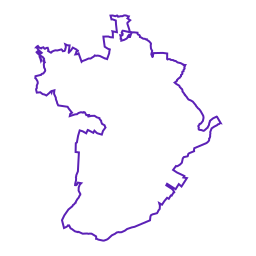 Pericei, Salaj, Romania
{"feature_id": "2599482B97319558947930", "entity_name": "Pericei", "entity_type": "district", "adm_level": 2, "iso_a3": "ROU", "parent_name": "Romania", "parent_adm1": "Salaj", "projection": "albers", "projection_center": [22.87, 47.24], "detail": "fine", "context": "isolated", "style": "outline", "palette": "violet", "viewbox_px": 256, "rotation_deg": 0, "n_neighbors": 0, "source": "geoboundaries", "source_scale": "gbopen_adm2", "svg_char_len": 5632}
<svg xmlns="http://www.w3.org/2000/svg" viewBox="0 0 256 256"><path d="M206.6,143.0L208.2,141.6L209.0,140.5L209.2,139.8L209.1,138.6L209.8,137.8L210.2,136.2L210.1,135.0L210.4,133.3L210.2,132.1L211.6,128.4L214.1,126.7L217.2,125.1L217.8,124.4L219.1,124.0L220.2,123.0L220.7,123.1L217.0,116.8L216.7,116.6L213.1,118.3L210.0,120.8L209.8,121.2L209.9,121.7L209.3,123.0L208.9,125.2L207.8,127.0L207.7,127.6L207.2,127.9L204.2,130.6L203.4,130.8L201.2,130.0L199.8,129.9L198.8,129.5L198.6,128.6L198.8,127.3L198.3,126.3L198.4,125.8L199.3,124.8L199.6,123.9L200.2,123.9L201.0,123.4L202.9,120.9L203.5,118.0L203.5,117.2L203.2,115.7L200.5,110.9L199.1,109.1L198.0,108.3L197.0,107.0L196.2,106.2L195.9,105.4L192.8,101.6L190.7,100.4L188.5,99.5L187.6,98.4L186.6,96.8L184.9,95.0L185.0,94.7L184.4,94.2L184.2,93.6L182.5,91.5L182.4,90.7L182.5,90.3L181.9,89.0L180.9,88.3L180.5,87.5L179.8,87.1L179.3,85.7L176.2,83.9L174.7,82.6L175.4,82.2L175.6,81.7L176.4,81.5L177.0,80.7L177.0,80.0L177.6,79.5L177.8,79.1L178.2,78.9L178.7,78.3L179.8,77.7L180.1,77.1L181.0,76.2L181.0,75.0L182.2,74.1L182.4,73.5L182.2,72.7L182.4,71.7L183.5,71.3L183.6,69.8L184.5,68.8L184.6,68.4L184.3,67.8L184.9,66.1L185.0,65.4L185.3,65.0L184.7,64.9L184.0,65.4L183.7,65.3L183.5,64.7L183.0,64.3L182.5,64.3L181.8,63.7L180.5,63.1L177.5,62.4L175.7,61.0L174.1,60.8L173.5,60.2L170.6,59.8L169.9,59.1L168.1,59.1L167.5,59.4L167.1,59.0L167.2,53.5L162.8,52.9L153.7,53.1L153.0,54.9L152.9,56.5L152.5,56.9L152.3,56.8L151.3,54.2L152.2,50.9L151.2,49.1L150.9,48.0L150.7,45.2L151.0,43.8L150.7,43.1L149.1,41.3L146.7,39.7L146.7,39.3L145.8,39.4L144.9,38.8L143.2,38.7L140.7,37.2L139.9,37.0L139.8,35.6L139.4,35.1L138.0,34.5L137.5,33.7L137.5,32.7L133.6,32.3L132.4,32.3L132.4,32.5L131.5,32.6L130.0,37.0L129.0,37.0L129.6,34.7L129.2,34.6L127.9,36.3L127.5,37.6L126.6,38.6L124.1,39.9L121.3,40.7L121.2,38.8L120.6,38.7L120.9,36.0L120.4,35.8L120.3,35.2L122.0,35.4L122.4,35.2L122.6,34.7L122.6,33.5L122.0,33.3L121.7,32.7L122.4,30.9L122.6,30.7L124.0,30.9L128.8,32.0L130.6,32.1L130.7,31.9L129.5,31.4L129.3,29.6L127.4,23.8L127.4,22.9L127.7,22.5L130.2,20.2L127.5,18.4L128.2,17.7L128.8,16.4L127.4,16.2L126.8,15.7L125.3,15.4L124.1,15.4L122.4,16.2L120.6,16.2L118.5,16.7L117.8,16.6L117.6,15.8L117.1,15.5L115.3,16.2L112.7,15.5L110.5,15.6L111.5,19.4L112.4,19.3L115.8,20.5L116.0,24.3L116.9,32.2L112.4,31.3L112.8,32.7L112.9,37.4L110.3,37.2L108.3,36.5L103.4,36.6L103.5,37.9L104.7,46.7L107.8,48.7L109.8,49.4L109.3,51.6L109.2,53.2L107.1,59.1L105.6,58.5L105.2,58.6L99.9,56.0L97.8,55.6L95.8,55.8L94.8,55.4L93.6,56.7L92.2,57.4L91.7,57.9L90.6,58.5L88.6,58.5L85.6,59.9L82.3,61.1L81.6,61.8L78.6,53.4L77.7,54.1L75.4,54.4L76.0,53.1L76.4,51.6L77.7,51.2L77.8,50.9L77.5,50.9L76.6,49.6L72.8,47.6L71.1,50.2L68.8,52.7L68.7,52.6L68.9,50.8L69.6,45.4L67.5,45.3L65.3,44.3L65.7,45.5L65.8,47.2L65.6,48.2L65.3,48.6L65.3,49.6L64.5,51.0L62.8,51.2L62.1,50.0L61.4,49.4L57.3,50.5L55.6,50.3L54.3,50.6L52.0,51.6L51.6,52.3L51.0,52.7L48.1,51.0L48.4,50.0L47.7,47.8L46.5,47.9L44.9,48.8L44.2,48.4L43.4,47.3L41.1,48.0L41.1,48.3L40.4,48.2L38.7,47.1L37.9,46.0L36.6,46.8L36.2,47.3L36.5,47.3L38.9,50.4L41.7,52.8L40.1,54.1L38.9,53.0L37.6,51.3L36.6,52.2L37.5,53.3L39.4,54.7L39.6,56.9L40.4,58.6L41.0,61.0L41.2,60.6L41.2,60.1L41.0,59.3L40.5,58.1L40.1,56.0L41.0,56.0L42.8,57.1L44.0,58.6L44.1,58.9L43.7,59.2L44.0,60.2L43.6,60.5L43.5,60.8L44.2,61.2L43.8,61.7L44.7,62.4L44.1,63.0L43.8,64.5L44.1,67.5L45.0,69.2L45.2,70.7L44.9,71.4L43.3,73.5L42.0,73.8L41.5,74.1L41.2,74.8L35.5,76.2L35.3,78.2L36.0,78.7L37.2,80.7L37.6,81.6L37.8,83.1L36.8,85.5L36.8,88.1L36.2,88.9L36.1,89.7L36.8,92.6L40.3,92.3L42.6,94.1L44.5,94.5L46.4,95.5L49.4,92.9L50.6,91.6L51.1,91.3L51.6,92.5L52.0,91.1L52.3,90.9L54.4,90.3L54.1,92.4L54.1,94.0L55.8,97.7L55.9,99.3L57.0,102.1L57.1,103.0L58.2,105.4L67.6,106.8L68.8,108.7L72.0,112.7L70.3,113.8L69.8,116.1L75.0,114.4L77.0,114.2L78.5,113.0L81.0,112.2L83.0,112.7L83.4,112.1L84.0,112.1L84.9,112.5L86.3,115.1L88.7,115.0L88.3,115.7L88.2,116.3L88.3,116.5L91.4,115.9L94.5,115.8L97.0,117.4L99.4,118.1L99.4,118.6L100.0,119.5L101.1,120.7L101.2,121.7L102.0,123.8L104.6,125.3L105.0,126.6L105.5,127.5L103.0,130.9L101.8,134.6L97.4,133.3L96.7,132.9L94.4,130.7L93.3,132.8L88.4,130.2L88.2,130.4L87.7,130.1L86.2,133.3L82.7,131.3L79.7,130.4L78.1,135.8L76.9,142.4L75.8,143.2L75.6,152.0L78.9,152.4L77.9,171.4L76.3,175.2L76.2,176.5L75.9,177.2L76.1,178.2L76.0,180.5L75.2,183.7L75.1,185.1L76.1,185.2L76.8,184.7L77.9,182.6L81.2,183.2L79.8,184.6L78.7,187.5L78.6,190.6L79.1,191.7L80.3,193.9L80.3,194.7L79.7,195.4L78.7,197.6L77.4,199.1L76.2,201.1L75.8,201.9L75.7,202.7L75.2,202.9L74.0,204.4L73.0,205.0L72.4,206.2L68.4,209.5L64.3,215.4L62.0,220.2L64.0,228.0L66.0,227.1L67.9,225.9L68.0,225.4L69.1,225.4L70.6,228.4L71.7,228.9L74.9,231.3L77.7,232.1L77.8,231.9L78.7,231.9L82.7,233.7L87.0,233.5L88.5,233.8L89.8,233.6L91.6,233.7L96.1,236.4L96.2,237.9L96.1,238.8L96.9,238.9L98.3,239.6L103.0,240.6L104.0,240.6L106.8,239.6L108.1,238.8L111.9,235.3L115.0,233.8L116.7,232.5L118.6,232.1L119.4,232.3L121.5,232.2L124.8,230.7L127.1,229.0L131.8,227.4L134.6,226.8L150.0,220.3L150.4,216.7L150.9,215.3L152.4,214.4L157.0,213.2L157.6,212.3L158.6,210.2L159.4,209.4L159.7,208.9L159.9,205.6L159.2,203.1L162.0,204.7L164.3,201.2L167.1,197.8L168.8,198.8L170.8,195.5L171.1,195.3L171.7,195.6L173.7,192.3L174.6,193.0L173.8,191.3L172.9,189.9L171.8,188.8L166.3,185.3L167.1,183.8L175.6,189.2L178.8,184.1L181.5,186.5L186.9,178.1L183.5,177.5L184.3,176.3L184.4,176.0L177.0,172.5L173.1,169.9L174.0,168.7L176.0,166.0L176.8,166.3L177.7,166.0L180.0,164.6L181.7,162.9L181.9,162.6L182.8,158.4L183.8,157.1L187.6,156.3L187.9,155.8L188.2,154.1L189.2,153.2L194.1,151.2L194.0,149.8L194.3,148.2L206.6,143.0Z" fill="none" stroke="#5b21b6" stroke-width="2"/></svg>